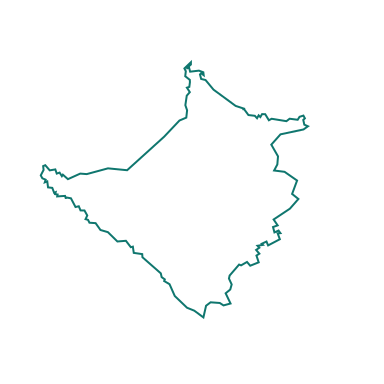 Lanao del Sur, Lanao del Sur, Philippines (Natural Earth projection), rotated 157°
{"feature_id": "2640588B65127685102762", "entity_name": "Lanao del Sur", "entity_type": "district", "adm_level": 2, "iso_a3": "PHL", "parent_name": "Philippines", "parent_adm1": "Lanao del Sur", "projection": "natural_earth1", "projection_center": [124.133, 7.782], "detail": "medium", "context": "isolated", "style": "outline", "palette": "teal", "viewbox_px": 384, "rotation_deg": 157, "n_neighbors": 0, "source": "geoboundaries", "source_scale": "gbopen_adm2", "svg_char_len": 1933}
<svg xmlns="http://www.w3.org/2000/svg" viewBox="0 0 384 384"><g transform="rotate(157 192 192)"><path d="M236.3,81.9L230.5,72.1L223.5,81.8L218.0,83.2L209.8,79.0L207.3,75.3L200.1,74.3L200.6,85.6L194.9,87.3L191.6,91.4L191.8,97.9L190.0,100.4L177.0,106.8L175.5,105.3L168.7,106.1L167.2,101.4L158.1,101.2L157.5,108.3L154.1,108.9L155.6,113.6L151.8,114.4L152.7,116.9L147.4,115.6L148.0,117.1L142.8,117.3L142.8,113.1L129.6,114.2L129.3,120.4L126.7,119.6L127.4,122.7L131.9,122.6L131.1,128.1L126.2,127.8L127.6,134.8L108.4,138.4L96.8,144.0L100.6,151.1L90.8,161.5L98.9,174.4L108.0,179.7L102.7,184.0L98.9,191.2L100.5,204.6L88.0,210.5L64.9,206.0L59.6,207.2L62.3,210.1L61.4,214.9L59.3,215.7L59.6,218.8L63.6,219.2L66.5,217.2L73.5,221.3L77.4,220.3L90.1,228.3L93.2,228.0L94.2,235.0L97.1,236.3L99.8,234.3L100.7,236.5L103.3,234.5L104.4,237.6L110.0,240.8L111.7,248.0L113.2,248.3L111.9,248.7L118.2,254.2L132.2,277.8L135.8,289.8L139.4,292.5L138.7,297.1L137.2,297.7L135.6,295.0L134.8,297.8L138.2,301.0L146.7,303.5L146.1,307.6L148.9,307.8L143.2,309.8L142.3,311.9L150.7,308.7L150.5,305.6L153.0,301.2L150.2,296.1L151.0,293.9L153.4,289.8L155.9,290.0L155.0,284.8L159.2,282.7L164.2,274.5L164.6,269.1L168.2,262.7L175.6,262.7L196.0,253.8L243.2,237.4L260.1,246.6L281.9,249.6L287.7,252.6L301.2,252.3L304.1,258.4L305.6,257.4L306.3,261.6L309.3,261.8L309.0,266.2L314.5,267.5L316.6,274.0L318.9,274.0L320.0,270.3L324.7,266.4L324.4,263.1L321.9,260.5L323.7,258.4L321.1,258.3L322.7,252.5L319.0,250.4L319.2,245.1L317.6,245.1L318.8,243.5L316.7,242.2L317.8,240.6L310.4,238.0L310.7,235.1L310.0,236.2L305.9,233.5L305.1,223.7L301.8,223.1L301.8,218.6L298.2,217.0L297.6,211.3L300.6,208.6L298.6,207.0L298.4,203.8L292.9,201.0L291.1,192.8L285.1,187.9L280.0,175.6L271.9,172.9L269.9,165.1L267.8,164.8L269.4,158.7L262.1,154.3L263.1,151.3L252.5,129.3L253.2,125.5L251.2,122.2L252.4,120.9L248.7,115.9L248.5,103.0L241.8,87.4L236.3,81.9Z" fill="none" stroke="#0f766e" stroke-width="2"/></g></svg>